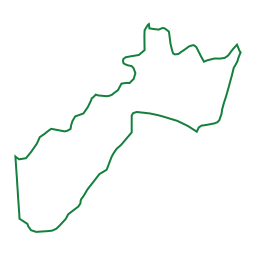 outline of Al Idia, North Kordufan, Sudan
{"feature_id": "16777658B26107376384565", "entity_name": "Al Idia", "entity_type": "district", "adm_level": 2, "iso_a3": "SDN", "parent_name": "Sudan", "parent_adm1": "North Kordufan", "projection": "natural_earth1", "projection_center": [27.878, 11.926], "detail": "fine", "context": "isolated", "style": "outline", "palette": "green", "viewbox_px": 256, "rotation_deg": 0, "n_neighbors": 0, "source": "geoboundaries", "source_scale": "gbopen_adm2", "svg_char_len": 2149}
<svg xmlns="http://www.w3.org/2000/svg" viewBox="0 0 256 256"><path d="M19.6,218.7L19.6,218.8L27.4,223.9L28.3,226.4L31.0,230.2L36.2,231.9L41.7,231.5L48.1,231.1L52.3,230.6L56.4,228.7L59.4,225.8L65.7,219.0L68.2,214.3L70.4,212.6L78.4,206.5L80.4,203.4L80.7,200.5L81.2,199.2L83.7,195.8L87.1,190.0L88.4,188.2L89.1,187.3L92.9,182.5L99.4,174.1L106.7,169.7L111.6,156.8L113.8,152.9L116.7,148.7L121.1,144.9L131.7,132.4L131.7,115.4L133.2,113.1L136.6,112.0L149.5,113.4L153.4,114.2L158.1,115.2L162.9,116.5L177.4,120.9L187.9,126.0L196.8,131.7L198.8,127.4L201.5,125.6L204.0,125.3L207.6,124.7L214.4,123.4L217.4,122.2L219.3,120.2L221.5,113.9L222.2,109.2L223.9,103.0L226.0,96.6L228.4,88.2L229.3,84.9L230.6,80.0L231.6,76.5L233.5,68.8L233.8,67.6L235.1,65.6L237.4,61.4L238.2,58.4L240.6,52.3L239.7,51.3L237.0,44.7L233.4,48.6L230.8,51.9L228.2,55.5L225.0,57.7L224.7,57.9L220.2,58.6L214.4,58.5L207.3,60.3L204.0,61.7L200.9,56.2L196.3,47.0L193.8,45.2L192.4,45.3L190.9,45.8L189.3,46.3L189.2,46.3L185.1,49.3L180.8,52.2L178.6,53.8L178.3,54.0L174.9,54.4L173.2,53.5L172.1,50.4L170.5,43.7L169.6,36.8L169.0,32.0L168.6,31.3L168.0,30.9L165.3,28.8L164.2,28.3L162.9,27.9L158.6,29.6L154.4,29.1L149.4,28.4L148.9,24.1L147.9,24.8L144.6,30.2L144.4,35.8L144.5,44.7L144.6,50.1L138.8,55.0L130.7,56.3L125.6,57.3L123.3,59.1L123.0,60.8L123.5,63.2L125.0,64.2L127.8,65.3L131.6,66.1L133.6,68.2L135.4,73.2L133.7,78.9L129.6,83.0L126.3,82.9L121.5,83.6L118.0,90.1L114.2,92.9L111.9,94.8L109.3,95.8L106.7,96.2L104.4,96.0L101.2,95.7L98.0,95.4L95.8,94.6L93.2,97.3L91.7,98.3L91.5,98.8L91.3,99.9L91.1,100.4L89.3,104.1L87.8,107.1L83.4,113.5L78.9,115.1L75.2,116.4L72.5,121.0L71.2,125.0L70.5,129.0L67.2,130.8L64.6,131.4L51.2,128.8L46.8,132.0L44.4,134.0L39.8,137.1L36.9,143.6L31.2,151.8L26.0,158.2L19.1,159.3L15.6,156.8L15.5,156.7L15.4,156.6L15.4,156.9L15.5,157.2L15.5,157.3L15.6,159.6L16.0,165.2L16.1,167.2L16.2,167.5L16.2,168.3L16.4,170.9L16.4,171.4L16.7,175.7L16.8,176.7L17.2,183.4L17.2,184.0L17.7,190.6L18.1,197.6L18.4,201.6L18.7,206.0L18.9,209.0L19.0,209.9L19.0,211.1L19.1,211.3L19.1,212.2L19.2,212.7L19.3,214.7L19.3,215.5L19.4,216.7L19.5,218.5L19.6,218.7Z" fill="none" stroke="#15803d" stroke-width="2"/></svg>